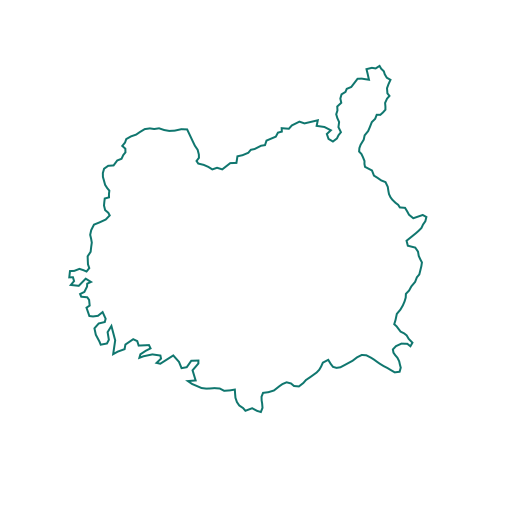 outline of Ipê, Rio Grande do Sul, Brazil, rotated 251°
{"feature_id": "56859067B62664054326026", "entity_name": "Ipê", "entity_type": "district", "adm_level": 2, "iso_a3": "BRA", "parent_name": "Brazil", "parent_adm1": "Rio Grande do Sul", "projection": "equal_earth", "projection_center": [-51.295, -28.718], "detail": "fine", "context": "isolated", "style": "outline", "palette": "teal", "viewbox_px": 512, "rotation_deg": 251, "n_neighbors": 0, "source": "geoboundaries", "source_scale": "gbopen_adm2", "svg_char_len": 4106}
<svg xmlns="http://www.w3.org/2000/svg" viewBox="0 0 512 512"><g transform="rotate(251 256 256)"><path d="M113.1,195.6L113.3,202.8L109.1,206.7L106.9,209.8L110.3,212.7L114.6,213.8L117.6,214.3L121.1,215.4L124.3,218.1L123.2,223.4L123.0,229.2L125.3,235.8L126.3,239.3L126.6,243.8L124.1,247.6L120.7,249.6L118.7,254.1L120.5,259.4L122.5,262.9L124.0,268.5L126.1,275.4L127.8,278.7L130.3,281.6L133.4,284.5L134.3,290.5L129.7,291.5L126.1,292.7L124.0,295.7L123.3,299.6L124.0,304.1L125.5,313.2L127.3,318.6L128.0,323.8L126.2,328.0L122.3,331.7L119.7,333.8L116.4,336.1L113.8,338.0L110.4,340.8L107.3,343.8L104.4,346.2L100.8,349.3L99.8,354.1L103.3,356.5L106.3,356.7L109.9,357.1L113.7,356.6L117.0,355.3L119.8,354.5L123.1,355.0L125.2,359.0L125.8,365.0L123.7,370.5L120.4,372.6L123.1,375.7L127.9,373.4L131.9,372.6L134.7,370.8L137.4,368.1L140.4,367.1L143.8,366.0L146.5,364.5L150.1,367.1L155.4,370.3L158.3,375.1L161.5,378.8L164.7,381.7L167.9,384.0L171.4,385.4L173.5,389.5L176.7,393.0L179.7,398.0L183.5,401.2L185.4,404.4L188.0,406.1L192.5,409.0L195.9,410.8L199.1,410.3L203.1,409.9L207.4,410.6L212.1,409.3L216.3,402.9L221.4,403.3L223.7,409.7L225.4,414.4L226.8,417.8L228.6,421.5L231.4,424.2L233.7,427.4L237.4,429.8L240.5,427.0L240.5,422.3L240.5,417.0L245.2,414.1L248.8,413.5L253.0,412.6L255.1,407.8L258.1,407.1L260.9,405.2L264.9,403.2L267.7,402.3L271.2,401.9L274.1,402.3L278.5,403.1L283.7,402.5L286.7,399.0L290.4,396.3L293.6,393.7L299.1,393.5L304.8,388.1L307.7,388.5L310.5,389.5L314.5,389.3L318.1,388.9L321.2,387.5L324.4,388.9L327.2,391.2L330.9,395.7L334.7,398.0L337.6,402.7L340.8,405.6L344.9,409.1L346.9,413.3L350.2,416.1L349.0,419.5L350.4,422.8L352.2,426.0L355.1,427.0L358.7,427.9L362.1,431.1L363.9,434.3L367.0,433.2L372.0,434.5L375.3,437.2L378.8,440.5L382.0,437.7L385.9,436.9L389.0,437.0L392.4,435.3L395.5,434.7L394.4,430.2L396.2,426.8L396.7,421.3L392.3,420.9L385.9,420.2L387.6,416.9L389.3,413.7L390.5,409.7L387.3,404.9L384.8,401.1L384.5,396.2L382.0,394.0L381.0,389.5L377.4,387.0L373.1,386.5L370.9,381.5L367.1,380.4L363.9,378.0L360.0,377.8L355.6,378.2L351.0,375.9L345.4,376.6L343.3,373.3L340.8,370.8L339.2,366.0L343.1,362.7L348.3,362.7L350.5,367.7L355.7,362.7L359.3,355.7L364.2,358.6L365.6,345.0L368.9,340.8L367.8,332.4L365.6,328.5L368.5,321.9L365.2,320.9L365.5,316.9L362.4,313.6L361.7,303.5L357.9,300.6L358.6,296.7L357.6,289.5L358.1,285.7L356.1,282.3L355.7,276.1L356.3,270.9L350.4,267.8L352.2,261.9L348.9,252.3L352.1,247.9L352.1,242.9L355.8,239.9L359.2,236.2L362.2,231.5L365.2,230.7L367.4,234.0L370.5,235.0L375.4,235.4L380.2,234.1L383.6,233.7L398.1,232.1L400.2,226.7L401.0,219.9L402.5,214.7L405.0,210.2L408.3,205.9L409.2,201.1L411.2,197.2L412.2,192.1L411.0,186.5L409.8,182.2L409.8,176.8L408.8,171.4L405.9,169.1L403.6,165.4L400.0,167.4L396.5,166.3L394.7,163.4L391.7,160.5L391.5,155.9L388.0,150.8L389.4,145.6L388.0,140.8L384.3,138.2L380.6,137.0L376.9,136.8L372.4,136.5L368.7,137.4L365.5,138.6L362.6,137.2L359.3,136.1L359.6,131.7L356.3,130.1L353.2,128.7L348.5,128.3L345.0,130.4L342.0,130.9L339.4,125.8L338.7,118.8L338.4,113.0L334.1,108.6L330.0,106.1L325.9,105.7L322.1,105.1L318.2,103.1L313.8,101.0L310.5,96.7L306.2,95.4L302.8,94.4L298.8,94.4L296.5,90.7L298.8,88.2L301.3,84.9L301.1,79.3L302.3,75.2L296.6,72.5L295.5,76.0L291.5,75.8L288.9,71.5L285.5,78.7L290.0,87.6L285.2,91.5L284.8,87.4L282.1,86.3L277.9,82.0L277.3,77.3L274.4,77.5L271.9,83.0L268.8,83.9L263.3,82.6L262.3,78.9L253.5,78.9L251.9,82.2L250.9,87.1L252.9,92.7L245.6,93.4L242.8,91.5L243.4,85.3L240.2,79.7L233.7,78.9L226.2,80.1L222.7,80.3L221.8,86.6L224.7,89.6L232.3,90.9L236.9,96.5L222.1,95.4L209.7,89.0L210.6,94.2L210.7,101.4L214.8,103.7L217.3,112.8L214.2,116.0L209.5,115.9L206.6,125.8L203.0,126.2L202.3,121.0L200.7,114.7L197.7,112.6L197.8,117.1L196.7,126.0L193.0,133.2L189.9,132.8L187.3,127.2L185.3,130.4L188.9,145.4L181.0,148.7L174.2,149.1L173.4,154.3L178.0,160.7L175.9,167.5L173.1,166.5L168.6,158.8L158.0,158.4L159.9,150.9L155.8,153.9L153.0,157.0L148.9,161.5L146.8,165.8L145.7,169.4L144.6,173.7L142.5,178.6L138.9,182.0L137.4,187.7L136.6,192.5L132.6,191.4L128.6,190.4L124.1,190.4L120.1,191.5L116.4,194.3L113.1,195.6Z" fill="none" stroke="#0f766e" stroke-width="2"/></g></svg>